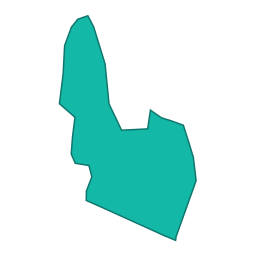 the district of Wilton'S Yard/Grave Yard, Castries, Saint Lucia, rotated 271°
{"feature_id": "8701671B87901537971964", "entity_name": "Wilton'S Yard/Grave Yard", "entity_type": "district", "adm_level": 2, "iso_a3": "LCA", "parent_name": "Saint Lucia", "parent_adm1": "Castries", "projection": "mercator", "projection_center": [-60.986, 14.01], "detail": "fine", "context": "isolated", "style": "filled", "palette": "teal", "viewbox_px": 256, "rotation_deg": 271, "n_neighbors": 0, "source": "geoboundaries", "source_scale": "gbopen_adm2", "svg_char_len": 575}
<svg xmlns="http://www.w3.org/2000/svg" viewBox="0 0 256 256"><g transform="rotate(271 128 128)"><path d="M239.5,85.9L235.9,75.9L227.7,69.6L209.3,63.2L180.7,62.2L151.1,59.0L137.8,74.8L118.4,72.7L101.0,71.7L91.8,75.9L89.8,89.6L78.5,92.7L64.2,87.5L54.8,87.5L49.6,100.0L21.1,165.9L16.5,177.5L20.3,178.0L76.5,197.0L84.7,195.9L100.0,193.8L101.4,193.3L115.7,188.7L131.7,183.3L135.7,171.7L138.8,161.2L146.2,150.1L127.5,147.7L126.6,135.1L125.7,121.6L151.8,108.6L173.1,106.1L191.5,104.0L228.5,91.9L233.7,89.1L239.5,85.9Z" fill="#14b8a6" stroke="#0f766e" stroke-width="1.5"/></g></svg>